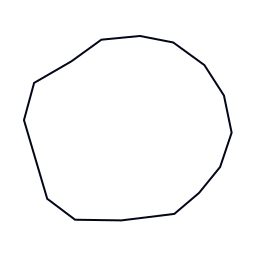 Dingila, Orientale, Democratic Republic of the Congo (Albers equal-area conic projection), rotated 353°
{"feature_id": "63176286B70830242214620", "entity_name": "Dingila", "entity_type": "district", "adm_level": 2, "iso_a3": "COD", "parent_name": "Democratic Republic of the Congo", "parent_adm1": "Orientale", "projection": "albers", "projection_center": [26.075, 3.651], "detail": "fine", "context": "isolated", "style": "outline", "palette": "ink", "viewbox_px": 256, "rotation_deg": 353, "n_neighbors": 0, "source": "geoboundaries", "source_scale": "gbopen_adm2", "svg_char_len": 346}
<svg xmlns="http://www.w3.org/2000/svg" viewBox="0 0 256 256"><g transform="rotate(353 128 128)"><path d="M64.3,212.6L110.2,218.9L163.5,218.9L190.6,201.1L214.7,177.9L230.3,145.3L227.2,107.5L211.5,74.9L183.3,48.6L151.0,38.1L112.3,37.1L80.0,54.9L40.3,71.8L25.7,107.5L39.2,188.4L64.3,212.6Z" fill="none" stroke="#020617" stroke-width="2"/></g></svg>